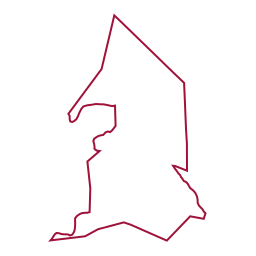 Novo Oriente do Piauí, Piauí, Brazil (Robinson projection)
{"feature_id": "56859067B12643710449311", "entity_name": "Novo Oriente do Piauí", "entity_type": "district", "adm_level": 2, "iso_a3": "BRA", "parent_name": "Brazil", "parent_adm1": "Piauí", "projection": "robinson", "projection_center": [-42.009, -6.478], "detail": "fine", "context": "isolated", "style": "outline", "palette": "rose", "viewbox_px": 256, "rotation_deg": 0, "n_neighbors": 0, "source": "geoboundaries", "source_scale": "gbopen_adm2", "svg_char_len": 1326}
<svg xmlns="http://www.w3.org/2000/svg" viewBox="0 0 256 256"><path d="M50.5,240.4L85.1,236.3L98.1,229.2L123.8,222.4L130.7,224.7L166.8,240.6L190.2,216.3L203.7,218.8L205.5,213.3L203.8,211.6L202.5,209.3L200.7,207.4L199.1,205.8L197.7,203.0L197.6,199.9L197.2,197.3L196.4,195.1L195.1,192.6L192.8,190.1L190.2,188.1L189.0,186.1L187.9,184.0L186.2,182.1L183.7,180.9L182.3,178.6L181.0,177.0L180.2,175.2L178.5,173.5L177.0,171.3L174.9,168.6L173.1,165.8L175.4,166.1L187.0,170.7L186.9,143.5L186.0,128.8L185.1,106.5L184.1,82.9L175.3,74.5L120.9,21.7L114.3,15.4L102.3,66.0L101.6,69.0L99.0,72.5L68.4,113.8L69.6,115.8L69.7,119.1L70.2,121.4L72.2,122.0L73.9,121.2L76.3,119.3L78.0,116.2L78.9,113.7L81.2,109.1L83.3,106.5L87.2,105.3L88.9,105.1L92.5,104.6L96.0,104.0L100.5,104.3L103.5,104.3L106.0,104.8L112.2,106.1L115.0,105.6L115.6,125.9L112.1,130.4L110.1,132.1L107.8,131.5L105.5,132.4L103.3,134.9L100.5,135.4L98.4,136.0L96.7,137.0L94.2,138.7L93.3,141.0L94.1,143.8L94.5,146.4L94.5,148.9L96.7,150.6L99.6,151.0L87.4,161.5L90.3,188.3L89.6,212.1L87.5,212.7L84.9,212.8L82.1,213.1L79.5,214.2L76.6,216.3L75.1,218.4L75.1,221.3L75.2,224.0L74.9,228.2L74.5,230.6L73.8,232.3L72.2,234.7L69.9,235.5L68.3,234.5L65.5,234.3L63.5,234.3L61.3,234.0L58.9,233.2L56.4,233.0L54.8,234.3L53.5,236.3L52.2,238.4L50.5,240.4Z" fill="none" stroke="#9f1239" stroke-width="2"/></svg>